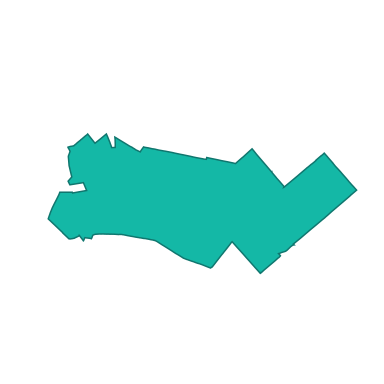 Daia, Giurgiu, Romania, rotated 131°
{"feature_id": "2599482B46391816231209", "entity_name": "Daia", "entity_type": "district", "adm_level": 2, "iso_a3": "ROU", "parent_name": "Romania", "parent_adm1": "Giurgiu", "projection": "albers", "projection_center": [25.985, 44.024], "detail": "fine", "context": "isolated", "style": "filled", "palette": "teal", "viewbox_px": 384, "rotation_deg": 131, "n_neighbors": 0, "source": "geoboundaries", "source_scale": "gbopen_adm2", "svg_char_len": 5655}
<svg xmlns="http://www.w3.org/2000/svg" viewBox="0 0 384 384"><g transform="rotate(131 192 192)"><path d="M307.7,262.7L308.0,255.7L308.1,254.3L307.7,254.0L307.7,253.8L307.7,253.6L307.6,253.4L307.1,252.9L306.8,252.7L305.7,251.7L305.1,251.3L304.4,250.7L304.1,250.5L303.5,250.3L300.8,249.1L300.1,248.8L299.6,248.6L299.4,248.5L299.2,248.5L298.7,248.7L298.7,248.4L298.9,247.8L299.0,247.2L299.1,246.6L299.4,245.2L299.5,244.9L299.6,244.0L299.7,243.7L299.8,243.2L299.9,242.6L300.1,242.2L300.1,241.9L299.9,241.9L299.6,242.0L299.3,242.1L297.7,242.6L297.1,242.8L296.8,242.8L296.6,242.8L296.5,242.5L296.3,242.2L295.8,241.4L294.2,239.1L293.6,238.0L293.4,237.6L293.3,237.3L292.4,237.5L291.5,237.8L290.9,238.1L289.7,238.4L289.4,238.4L289.1,238.3L288.7,238.1L288.1,237.7L287.6,237.4L287.2,237.1L285.4,235.3L284.4,234.3L283.9,233.7L283.5,233.2L283.3,232.9L283.0,232.7L282.6,232.3L282.1,231.6L281.5,231.0L281.3,230.6L281.0,230.3L280.5,229.7L279.9,228.9L279.6,228.6L279.4,228.4L278.3,227.1L278.1,226.8L277.8,226.4L276.7,225.2L276.4,224.8L275.3,223.5L274.5,222.5L273.6,221.3L273.4,221.0L273.1,220.6L272.9,220.4L272.2,219.4L271.9,219.2L271.3,218.6L271.2,218.4L270.9,218.1L270.3,217.4L270.1,217.1L269.8,216.5L269.1,215.5L268.9,215.1L268.4,214.2L268.2,213.9L267.4,212.4L267.3,212.2L266.5,210.9L265.7,209.5L265.1,208.5L264.7,207.9L264.5,207.5L263.7,206.2L263.5,205.8L263.3,205.4L262.9,204.8L262.7,204.5L262.1,203.5L261.9,203.1L261.2,202.1L261.0,201.6L260.6,201.1L259.9,200.0L258.9,198.2L257.5,196.3L257.2,195.7L256.7,194.8L256.4,194.4L255.0,191.8L254.3,190.7L253.7,189.7L253.5,189.1L253.4,188.9L253.3,188.6L252.9,188.4L252.7,187.4L252.3,185.7L251.5,180.1L251.2,178.4L250.4,173.4L249.7,168.7L249.2,164.8L249.0,163.6L248.6,161.8L248.3,160.0L248.0,158.1L247.7,156.2L247.6,155.2L247.2,154.1L246.5,152.1L246.4,151.8L246.2,151.4L245.9,150.8L245.4,149.4L244.5,147.1L243.5,144.8L242.9,143.0L242.1,141.0L241.6,140.0L241.1,139.0L240.8,138.1L240.6,137.7L239.3,134.0L238.2,130.8L237.5,128.9L237.2,128.1L236.8,128.0L236.4,128.0L236.0,127.9L235.6,127.6L235.4,127.6L235.2,127.6L234.9,127.6L234.6,127.6L234.2,127.6L230.7,127.8L227.3,128.0L223.5,128.2L220.0,128.4L218.1,128.4L216.8,128.5L212.0,128.7L206.6,129.0L204.0,129.2L203.2,129.1L203.4,127.5L204.2,121.5L204.7,117.2L205.0,114.9L205.2,113.2L206.0,107.3L206.3,104.9L206.4,104.0L207.0,99.6L207.4,96.4L207.6,95.1L208.0,91.6L208.6,87.1L207.8,86.9L207.7,87.3L207.5,87.0L207.4,87.0L207.2,86.9L206.9,86.8L206.6,86.7L204.5,86.5L203.6,86.4L193.3,84.8L189.5,84.2L187.0,83.9L185.3,83.7L184.8,83.5L184.0,83.4L183.2,83.4L182.1,83.4L182.0,83.7L181.9,84.5L181.8,85.3L181.7,86.3L181.5,86.2L181.1,85.8L178.7,84.6L176.2,83.0L175.7,82.7L175.1,82.4L174.9,82.4L174.2,82.2L173.8,82.1L172.9,82.0L169.1,81.7L168.0,81.6L167.8,81.5L166.9,81.3L166.0,81.0L165.7,80.8L165.5,80.7L165.2,80.5L164.9,80.2L164.8,81.4L160.2,80.6L155.6,79.8L148.8,78.8L146.2,78.4L141.5,77.7L134.2,76.5L128.3,75.6L124.4,74.9L123.1,74.8L120.6,74.4L114.8,73.7L96.2,70.9L90.5,70.1L90.3,70.1L90.1,70.2L89.5,70.2L89.4,70.0L82.6,69.0L82.3,71.4L82.0,73.5L81.7,76.6L81.4,78.7L81.2,80.6L81.1,80.8L81.0,81.5L80.5,84.6L80.2,86.9L79.7,90.7L79.3,93.2L78.9,96.7L78.5,100.7L78.0,103.5L77.8,104.8L77.7,104.8L76.7,112.1L76.5,113.1L75.9,117.7L77.2,117.8L79.4,118.1L79.6,118.1L79.7,118.3L83.1,118.8L86.7,119.3L86.8,119.2L87.0,119.1L87.3,119.2L87.5,119.2L88.0,119.3L88.5,119.3L91.9,119.9L93.0,120.2L94.5,120.4L97.0,120.8L98.3,121.1L99.3,121.2L101.3,121.5L105.8,122.2L107.8,122.5L108.5,122.6L110.7,122.9L113.1,123.3L118.8,124.2L127.4,125.6L127.7,125.6L128.2,125.8L127.5,126.0L127.3,127.5L126.9,130.4L126.7,131.8L126.5,132.9L126.4,134.0L126.0,137.3L125.8,138.1L125.0,143.3L124.8,144.3L124.7,144.9L124.2,145.2L124.3,145.3L124.5,145.6L124.5,146.2L124.4,146.7L123.7,151.4L123.5,152.6L122.3,160.8L121.2,168.2L120.4,172.4L120.1,174.3L120.0,175.0L124.9,175.6L132.1,176.4L132.4,176.5L134.2,176.8L140.9,177.7L142.0,177.8L142.9,179.6L144.4,182.3L145.9,185.0L147.3,187.4L149.1,190.5L150.6,193.3L152.0,195.8L153.7,198.8L155.0,201.1L156.3,203.5L157.9,202.6L158.2,203.0L158.5,203.4L158.8,203.8L159.3,204.5L159.9,205.7L161.1,207.7L162.9,210.7L163.7,212.1L164.8,214.1L166.0,216.4L168.7,221.2L170.5,224.4L170.6,224.5L173.9,230.4L175.1,232.7L176.2,234.6L178.7,238.9L179.9,240.8L180.4,241.7L182.1,244.5L183.0,246.2L184.1,248.3L184.8,249.4L185.3,250.1L187.4,254.0L188.4,255.6L189.6,257.6L189.6,257.9L189.7,258.1L189.8,258.1L190.8,258.0L193.2,257.8L194.6,257.6L195.7,257.4L197.1,262.3L197.2,262.6L197.1,263.0L197.1,263.4L197.4,264.8L197.5,265.7L197.6,266.5L197.7,267.0L197.8,267.3L198.0,268.1L198.2,268.7L198.3,269.2L199.1,274.1L200.3,281.0L201.0,285.3L201.2,286.2L202.8,284.5L204.2,283.2L206.6,281.0L208.8,279.2L208.9,279.3L211.2,281.8L210.0,283.7L209.5,284.7L208.5,286.4L205.8,291.7L204.4,294.7L212.2,296.0L218.8,297.2L218.7,298.0L217.9,302.3L216.9,307.7L216.7,308.8L217.5,308.8L219.0,309.1L220.0,309.3L220.8,309.4L222.6,309.7L223.6,309.8L225.1,310.1L225.7,310.2L226.4,310.2L227.8,310.5L230.0,310.9L230.9,311.0L231.4,311.0L233.6,311.4L234.6,311.5L234.8,311.6L235.0,311.8L235.4,312.0L235.7,312.3L236.4,312.8L237.4,313.7L238.0,314.1L238.8,314.6L239.5,314.9L239.6,315.0L239.7,314.9L239.9,314.4L240.3,313.1L241.0,311.4L241.1,311.1L241.2,310.9L241.4,310.7L241.6,310.6L243.5,309.8L245.9,308.9L246.3,308.6L246.5,308.5L248.2,306.7L248.3,306.6L251.4,303.4L252.2,302.6L252.5,302.3L252.7,302.1L255.8,297.8L257.3,295.7L258.1,294.6L258.5,294.0L259.5,292.6L263.6,292.6L265.1,292.6L265.3,292.2L266.7,288.9L258.8,282.3L256.2,280.1L260.0,272.5L271.1,281.5L270.7,282.2L278.9,291.6L281.0,290.8L283.2,290.2L287.1,289.2L291.2,288.2L295.4,287.1L300.4,285.4L306.6,282.9L307.5,263.0L307.7,262.7Z" fill="#14b8a6" stroke="#0f766e" stroke-width="1.5"/></g></svg>